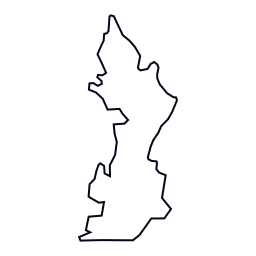 the district of Chartak, Namangan, Uzbekistan
{"feature_id": "79887680B43665894395177", "entity_name": "Chartak", "entity_type": "district", "adm_level": 2, "iso_a3": "UZB", "parent_name": "Uzbekistan", "parent_adm1": "Namangan", "projection": "albers", "projection_center": [71.805, 41.256], "detail": "fine", "context": "isolated", "style": "outline", "palette": "ink", "viewbox_px": 256, "rotation_deg": 0, "n_neighbors": 0, "source": "geoboundaries", "source_scale": "gbopen_adm2", "svg_char_len": 1169}
<svg xmlns="http://www.w3.org/2000/svg" viewBox="0 0 256 256"><path d="M80.5,240.6L100.8,240.1L132.9,240.3L139.6,234.9L151.3,218.5L164.3,218.4L171.0,209.0L162.0,197.9L165.7,175.2L159.1,172.6L156.3,169.0L157.0,162.8L156.5,161.4L151.6,160.9L148.4,159.2L147.8,157.4L150.6,146.8L153.3,140.1L158.1,133.1L161.2,126.2L168.0,119.2L172.0,112.2L176.9,100.5L176.4,98.3L175.9,97.3L173.6,97.3L167.2,93.3L159.8,84.4L157.4,78.8L157.1,74.7L158.5,67.6L157.3,64.4L154.1,62.0L150.5,64.1L147.6,68.9L140.6,70.4L138.5,68.9L138.0,67.2L140.2,56.0L134.9,46.9L129.7,40.9L122.8,35.2L113.8,16.2L110.7,15.4L109.5,16.4L108.5,31.0L107.0,33.2L104.4,33.8L104.2,33.3L103.7,40.5L100.3,47.7L97.5,54.3L101.3,62.1L106.1,72.8L102.5,75.3L98.0,74.9L97.3,77.2L101.5,81.0L101.8,83.9L97.7,85.8L93.4,83.1L89.5,83.4L88.9,89.6L96.0,92.5L102.8,98.8L107.6,109.6L119.5,108.9L122.5,113.7L128.1,120.0L124.5,123.6L113.7,124.4L114.6,133.7L116.8,141.9L115.1,154.9L109.8,165.3L110.0,176.2L104.6,173.4L104.1,166.0L100.4,163.3L98.5,164.9L96.4,171.0L94.6,178.9L89.6,184.2L88.6,196.7L98.8,202.7L104.0,202.0L101.7,215.6L88.7,216.7L85.9,230.2L90.2,232.3L79.1,237.1L80.5,240.6Z" fill="none" stroke="#020617" stroke-width="2"/></svg>